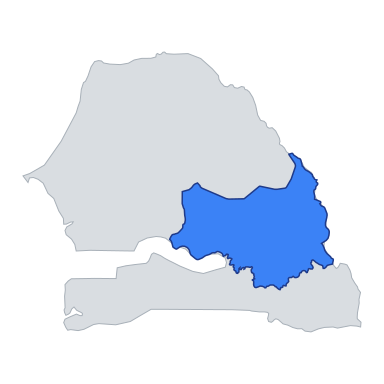 location of Tambacounda within Senegal
{"feature_id": "SEN-779", "entity_name": "Tambacounda", "entity_type": "Region", "adm_level": 1, "iso_a3": "SEN", "parent_name": "Senegal", "parent_adm1": "", "projection": "natural_earth1", "projection_center": [-13.251, 14.045], "detail": "fine", "context": "in_parent", "style": "filled", "palette": "blue", "viewbox_px": 384, "rotation_deg": 0, "n_neighbors": 0, "source": "natural_earth", "source_scale": "10m", "svg_char_len": 7968}
<svg xmlns="http://www.w3.org/2000/svg" viewBox="0 0 384 384"><path d="M311.4,172.4L316.5,182.8L315.4,187.7L314.3,194.9L317.2,200.2L320.6,203.6L323.1,206.8L325.8,211.1L326.2,219.8L325.7,226.1L327.5,228.9L329.0,232.4L328.7,235.4L327.7,238.0L324.4,241.5L323.9,248.0L329.2,255.9L332.7,260.1L332.7,262.6L333.6,265.3L336.2,268.4L337.7,267.7L339.4,265.1L340.2,263.3L344.8,264.1L347.0,264.9L349.9,270.1L351.0,273.5L351.7,277.8L354.8,283.1L357.5,286.9L358.1,289.2L360.5,292.4L359.0,299.5L359.2,303.1L357.5,312.6L357.2,317.1L357.3,318.8L361.0,322.2L360.6,327.0L356.9,326.1L350.4,325.6L337.5,328.1L333.1,327.0L324.6,327.4L318.6,328.8L311.0,331.9L305.0,331.1L301.8,328.7L297.6,328.8L292.8,327.5L287.7,325.1L283.1,323.9L278.1,319.5L275.8,318.8L274.1,319.9L272.7,321.4L271.3,322.3L268.6,321.5L267.6,318.5L268.4,315.6L268.7,313.4L267.4,312.3L264.3,311.9L259.4,311.9L251.4,311.0L249.6,310.4L231.8,309.7L213.4,309.6L197.7,309.5L178.0,309.4L164.1,309.3L151.1,309.3L141.1,315.1L130.3,321.5L115.7,324.8L98.9,323.6L93.6,324.5L88.0,327.3L83.9,329.3L78.1,330.6L70.7,329.6L67.7,330.2L65.8,327.3L63.7,322.6L65.0,319.2L69.6,317.0L76.4,314.1L80.0,315.6L82.1,315.6L82.5,313.8L81.8,312.8L76.7,310.3L74.0,307.0L71.8,308.9L69.9,313.0L68.3,314.2L65.9,315.3L64.6,312.6L64.1,309.9L65.1,307.8L64.6,296.2L65.3,290.0L65.0,284.6L68.2,281.0L71.3,278.8L83.3,278.6L94.4,278.4L105.2,278.5L116.1,278.6L117.2,267.8L120.7,267.0L125.9,265.8L135.5,264.5L146.3,263.3L148.6,261.1L150.3,257.5L151.5,254.3L153.7,252.9L156.7,254.0L160.7,255.7L164.7,258.3L169.4,260.8L172.5,262.3L180.0,266.1L192.8,271.4L203.4,273.5L216.1,269.7L225.3,267.2L226.5,262.5L225.1,257.9L218.2,253.8L208.9,254.2L206.0,255.4L201.7,256.7L199.1,257.3L194.7,256.3L189.1,252.7L185.6,249.1L180.7,247.4L174.9,245.7L165.6,238.2L160.7,236.9L156.1,236.5L147.2,238.0L138.6,242.0L134.0,251.0L125.4,250.9L107.0,250.6L90.1,250.3L76.2,251.0L74.8,244.4L71.5,239.1L66.2,234.7L65.0,230.5L66.8,226.9L72.0,223.9L73.2,221.8L70.5,222.1L66.4,224.1L63.7,224.2L63.4,218.4L58.8,211.0L53.8,198.5L48.0,193.4L43.2,183.2L38.1,179.3L33.4,177.5L29.5,177.9L28.0,182.5L23.0,175.9L29.8,173.5L44.4,165.1L61.2,141.2L76.2,112.9L78.2,106.2L80.1,101.1L81.3,89.5L83.5,82.6L85.5,81.3L88.0,76.0L91.1,66.8L94.6,61.6L98.5,60.6L101.5,61.0L103.6,63.0L109.9,64.1L120.4,64.6L128.4,63.2L134.1,60.0L141.6,58.4L150.9,58.3L155.8,57.0L156.3,54.3L157.5,53.5L159.4,54.6L161.2,54.1L163.0,52.2L164.7,52.1L166.3,53.7L174.1,54.2L188.0,53.6L200.7,58.5L212.4,68.9L218.5,75.8L218.9,79.2L220.8,82.7L224.3,86.3L227.5,86.9L230.4,84.7L232.7,84.9L234.4,87.6L237.7,88.2L241.5,86.5L244.1,87.1L244.6,88.7L245.2,89.6L247.0,89.9L249.4,92.0L252.8,97.5L255.6,105.2L257.7,115.1L260.6,120.4L264.1,121.3L266.1,123.3L266.5,125.7L267.5,127.3L269.2,128.2L272.2,127.7L275.7,131.0L279.4,138.2L280.0,141.5L279.4,143.2L279.7,144.5L282.1,145.7L284.5,148.1L286.4,151.7L290.6,154.8L296.9,157.6L301.5,161.8L304.3,167.3L310.2,171.9L311.4,172.4Z" fill="#d9dde1" stroke="#a8b0b8" stroke-width="1"/><path d="M312.3,174.6L312.7,176.5L313.8,177.6L314.1,178.5L314.6,179.2L315.4,179.6L316.3,179.8L316.9,179.9L316.6,180.7L316.3,181.1L316.2,181.5L316.4,182.2L316.8,182.6L317.3,182.8L317.7,183.2L317.7,184.2L317.4,184.8L316.3,186.0L315.9,186.6L315.8,187.3L315.7,188.1L315.6,188.8L315.2,189.2L314.2,189.9L313.8,191.0L313.9,192.4L314.6,195.2L314.7,196.5L314.6,199.3L315.3,199.4L320.5,201.6L320.8,202.4L320.6,203.2L319.8,203.6L320.3,204.5L320.8,205.3L321.4,205.9L323.6,206.8L324.4,207.4L324.9,208.3L327.0,213.7L327.1,215.2L326.7,217.8L325.5,222.7L325.5,225.4L326.0,227.0L326.9,228.1L327.9,228.9L328.9,230.3L329.2,231.5L329.2,232.8L328.9,235.4L328.0,238.3L326.2,240.4L321.5,243.4L322.3,244.2L323.0,245.4L324.1,247.9L324.8,250.3L326.1,252.4L327.1,253.7L330.2,256.4L330.6,256.8L331.1,257.8L331.4,258.2L332.0,258.5L332.5,258.6L332.9,258.8L333.3,259.6L333.2,260.7L332.4,264.1L329.2,264.8L327.3,265.4L325.8,267.3L324.4,268.4L323.2,268.4L322.9,266.9L322.6,265.6L321.1,265.0L319.2,264.4L317.6,263.3L316.0,262.4L314.5,261.0L312.9,259.9L311.6,260.5L311.6,262.0L310.8,262.9L311.1,264.1L312.7,266.3L313.1,267.8L312.3,269.0L310.8,269.0L309.0,268.6L308.4,269.0L308.1,270.5L307.6,271.2L307.3,272.4L306.6,272.6L306.0,272.0L305.2,270.9L303.9,270.5L302.4,270.9L301.6,271.6L301.3,272.6L300.2,272.7L299.5,273.7L299.4,275.0L298.7,276.3L297.7,277.1L296.0,277.6L294.7,277.5L293.9,276.9L293.1,276.3L292.4,276.9L291.5,277.5L290.3,277.5L289.2,277.6L288.4,278.4L288.4,279.9L288.7,281.4L287.9,282.5L286.6,283.5L286.1,284.6L286.1,285.8L285.3,285.9L284.5,285.6L283.4,285.4L282.9,285.9L282.7,287.1L281.9,287.5L281.0,287.5L280.5,288.0L280.5,288.8L280.0,289.7L278.9,289.3L277.4,288.2L276.1,286.7L275.3,286.7L274.4,285.6L273.2,285.0L270.2,285.0L269.2,285.6L267.9,286.3L266.8,286.3L266.3,286.9L265.8,287.8L264.8,287.8L263.9,286.9L262.4,286.3L260.8,286.1L260.0,286.1L258.4,286.8L256.0,287.6L254.9,287.3L253.9,285.9L253.6,284.3L253.7,282.3L253.5,280.7L252.4,280.2L252.4,279.8L254.6,278.8L253.9,278.1L254.0,277.3L254.3,276.4L254.0,275.5L253.7,274.9L253.9,274.3L253.9,274.0L253.6,273.8L253.2,273.6L252.9,273.3L252.7,272.9L252.5,272.7L252.2,272.7L251.8,272.7L251.6,272.5L251.6,271.9L251.4,271.5L251.2,270.9L251.2,269.9L251.4,269.4L251.8,268.9L252.4,267.8L251.9,266.8L251.4,266.7L250.8,267.1L250.1,267.4L248.0,266.9L245.8,266.9L245.3,267.3L244.8,268.8L244.1,269.1L244.5,267.8L243.8,267.5L242.7,267.8L241.8,268.3L241.6,268.7L241.3,269.5L240.7,269.6L240.1,269.4L239.7,268.9L239.9,267.8L239.0,268.6L238.9,272.0L237.7,272.7L237.7,273.3L237.0,273.3L236.7,273.2L236.3,272.9L236.1,272.5L236.0,272.0L235.9,271.5L235.8,271.1L235.5,270.9L234.7,270.6L234.2,270.2L234.0,269.8L233.9,269.4L234.1,268.7L234.1,268.3L234.1,267.8L233.9,267.5L233.6,267.3L233.3,267.1L233.2,266.8L233.3,266.5L233.7,265.7L233.9,265.4L233.9,265.0L233.7,264.8L233.4,264.7L232.7,264.7L231.3,265.0L231.0,265.0L230.6,265.0L230.3,265.0L229.9,264.9L229.6,264.6L229.5,264.3L229.5,264.1L229.7,263.8L229.9,263.6L230.0,263.3L230.2,263.0L230.2,262.7L230.3,262.3L230.2,261.9L230.3,261.5L230.3,261.2L230.4,260.9L230.6,260.6L231.6,259.5L231.8,259.2L231.9,258.9L231.8,258.7L231.6,258.6L231.1,258.4L230.2,258.1L229.9,258.0L229.6,258.0L229.3,258.1L229.0,258.2L228.5,258.5L228.2,258.6L227.9,258.6L227.5,258.2L227.4,257.8L227.4,257.5L227.5,257.2L227.7,256.9L227.9,256.6L227.9,256.3L227.9,255.7L228.2,255.0L228.2,254.6L228.0,254.4L227.8,254.3L227.2,254.3L226.6,254.2L226.3,254.3L226.1,254.5L225.9,255.1L225.8,255.4L225.6,255.6L225.3,255.6L224.6,255.7L224.1,256.0L223.4,256.3L223.3,256.2L223.0,255.7L222.7,254.5L222.4,253.9L221.5,253.0L220.2,252.3L218.8,251.7L217.6,251.5L216.9,251.6L215.7,252.4L215.1,252.7L214.5,252.8L213.6,252.7L213.0,252.7L211.9,253.0L209.3,254.5L206.2,255.4L205.1,255.9L202.1,258.0L198.8,259.4L197.9,259.6L196.9,259.5L195.6,258.8L191.6,255.5L191.1,255.1L190.6,254.4L190.2,253.6L189.5,250.8L189.0,249.6L188.2,248.5L187.2,247.5L184.8,246.3L182.5,246.1L180.3,246.7L176.9,248.9L176.3,249.1L175.5,248.8L173.2,247.3L172.9,246.8L171.8,242.6L171.3,241.4L170.6,240.3L169.7,239.5L169.9,238.7L170.9,236.7L171.6,235.6L172.3,234.7L172.9,234.5L173.6,234.3L174.3,234.3L174.6,234.2L175.1,233.9L177.7,233.2L177.9,233.0L179.2,231.9L182.5,228.3L182.6,228.0L182.7,227.6L182.8,226.8L182.8,225.7L183.0,224.5L183.1,224.4L183.3,224.3L183.8,224.1L184.3,223.8L184.6,223.4L184.8,222.9L185.3,220.3L185.3,219.2L185.2,217.9L184.7,215.1L184.4,210.2L184.2,209.0L183.5,207.9L182.2,203.7L182.3,191.6L189.1,189.7L191.7,187.6L193.4,185.3L194.4,184.4L195.2,183.9L197.5,183.0L199.9,185.6L200.3,186.8L201.3,187.7L202.2,188.3L226.1,198.6L228.8,199.1L243.9,198.8L244.5,198.5L258.9,186.7L259.3,186.4L259.9,186.2L274.7,189.3L277.1,189.3L285.3,188.1L286.0,187.7L286.7,186.8L291.2,179.0L295.3,167.0L295.4,166.4L295.5,165.9L295.2,164.4L294.8,163.4L289.0,154.7L288.9,154.2L289.5,154.1L291.2,153.5L292.1,153.3L292.6,153.5L293.0,154.0L293.7,155.1L296.7,157.1L297.7,157.9L298.3,158.3L299.6,158.6L300.2,159.0L300.6,159.6L300.9,160.3L302.2,165.4L302.2,166.1L303.0,166.6L304.8,169.1L305.8,170.0L309.2,171.9L312.3,174.6Z" fill="#3b82f6" stroke="#1e3a8a" stroke-width="1.5"/></svg>